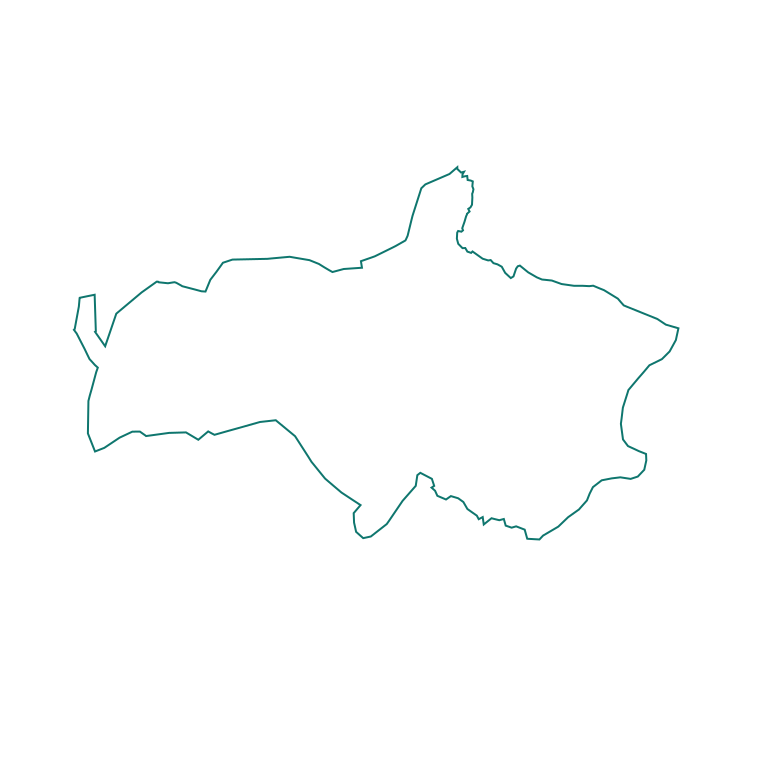 the district of Careysburg, Montserrado, Liberia, rotated 165°
{"feature_id": "62588387B2159992345918", "entity_name": "Careysburg", "entity_type": "district", "adm_level": 2, "iso_a3": "LBR", "parent_name": "Liberia", "parent_adm1": "Montserrado", "projection": "robinson", "projection_center": [-10.552, 6.442], "detail": "fine", "context": "isolated", "style": "outline", "palette": "teal", "viewbox_px": 768, "rotation_deg": 165, "n_neighbors": 0, "source": "geoboundaries", "source_scale": "gbopen_adm2", "svg_char_len": 3246}
<svg xmlns="http://www.w3.org/2000/svg" viewBox="0 0 768 768"><g transform="rotate(165 384 384)"><path d="M508.2,542.8L511.1,540.4L517.1,535.5L518.3,534.6L524.4,529.9L524.7,529.7L532.5,519.5L536.3,520.8L542.0,524.1L553.6,530.7L554.4,531.6L558.4,535.5L559.9,536.5L561.2,536.7L566.3,537.2L566.5,537.2L574.9,540.4L575.5,540.7L575.5,541.1L576.8,541.7L577.3,541.6L594.4,535.2L621.9,522.4L624.4,521.2L642.7,493.9L642.7,494.0L643.6,492.7L649.6,509.2L648.7,509.5L640.4,545.1L648.3,545.6L655.4,546.0L655.5,545.7L655.8,545.7L658.7,537.8L668.5,517.2L669.5,516.6L668.7,514.7L668.5,514.0L667.8,512.4L665.8,503.1L664.1,495.3L663.0,489.4L662.0,484.3L658.4,477.3L657.5,475.9L656.2,473.9L659.0,469.8L667.8,454.6L671.1,449.1L673.9,444.1L682.8,412.9L680.6,393.6L670.7,394.7L653.3,400.6L639.4,403.1L632.1,401.2L629.7,398.3L628.1,396.4L627.3,395.3L605.9,392.6L604.3,392.4L587.8,388.5L577.8,378.2L566.1,383.7L563.1,380.8L560.9,378.8L547.4,379.0L536.7,379.1L513.6,379.4L497.9,377.0L496.8,375.4L483.4,356.6L475.9,333.2L474.2,327.6L465.4,307.9L462.8,304.1L459.5,299.3L453.2,290.2L445.4,281.4L438.0,273.1L446.7,267.1L448.8,257.8L448.9,255.2L449.2,248.4L444.0,240.5L436.2,240.1L417.6,248.0L414.6,250.5L396.3,266.3L379.7,277.4L375.4,287.3L371.9,288.8L362.3,280.0L361.9,272.6L364.9,271.6L362.3,267.7L361.4,262.2L354.0,256.4L348.4,258.4L343.5,255.4L341.9,254.4L337.9,249.5L335.8,241.7L332.5,237.7L328.4,232.8L327.5,228.9L323.1,229.9L324.0,222.5L314.9,226.5L312.1,224.9L307.9,222.6L303.2,222.6L303.1,215.7L297.9,212.2L293.2,212.3L285.8,206.9L285.7,197.5L284.7,197.1L274.1,193.6L269.6,196.4L252.6,201.1L240.6,207.7L228.0,212.4L227.2,213.0L218.1,219.0L213.7,224.9L208.9,230.3L198.7,234.6L198.2,234.6L188.4,233.9L183.6,233.2L179.9,232.7L170.3,228.5L162.8,228.9L154.8,233.8L150.4,242.3L149.0,248.6L155.2,253.2L159.1,256.5L164.4,260.9L167.5,268.6L165.5,284.2L163.3,289.5L159.4,299.3L151.1,312.3L149.5,314.9L137.1,323.6L130.1,328.3L122.8,333.4L109.1,336.1L99.7,341.5L90.7,350.9L85.2,361.6L96.4,368.4L103.1,376.0L115.7,385.5L129.4,395.8L132.1,397.9L134.2,402.1L136.0,405.9L147.2,417.7L151.2,420.7L156.5,424.8L160.4,425.4L166.9,427.5L175.1,429.7L186.6,434.6L195.1,440.5L201.6,443.0L204.3,444.0L208.7,447.4L215.8,454.5L222.1,463.2L224.3,463.1L226.5,461.3L231.1,454.4L234.1,453.5L236.5,457.3L238.2,460.0L239.9,466.8L243.4,470.2L247.0,472.4L248.9,476.1L251.4,476.4L256.3,479.5L264.2,489.1L265.9,488.1L269.2,490.3L270.3,494.3L273.0,494.9L276.0,500.2L276.0,505.5L274.1,511.3L272.8,512.6L269.8,511.1L267.9,512.0L268.1,514.2L264.3,519.8L261.3,524.7L260.5,525.7L259.9,526.4L259.8,526.9L256.7,528.5L257.3,531.3L254.8,532.2L253.9,533.1L252.6,534.4L250.4,541.2L249.6,544.9L248.6,546.2L247.2,549.0L247.5,552.1L245.8,556.7L247.6,558.1L250.4,559.4L249.8,563.4L252.0,563.7L254.7,563.7L253.9,566.2L251.8,568.3L254.8,568.3L257.5,572.7L257.1,574.4L266.4,569.9L292.4,566.1L297.3,563.4L298.0,562.3L312.9,539.1L314.8,535.7L322.8,521.1L323.7,520.0L325.6,517.7L326.2,517.1L336.9,514.3L340.2,513.6L356.8,510.3L359.9,509.7L363.5,509.4L374.5,508.6L375.2,502.0L393.1,505.5L394.7,505.5L397.0,505.5L404.8,505.5L407.3,507.9L411.6,512.3L415.8,516.8L423.9,522.9L437.9,529.3L442.2,531.3L460.2,534.4L464.4,535.1L464.8,535.2L468.0,536.0L498.2,543.4L508.2,542.8Z" fill="none" stroke="#0f766e" stroke-width="2"/></g></svg>